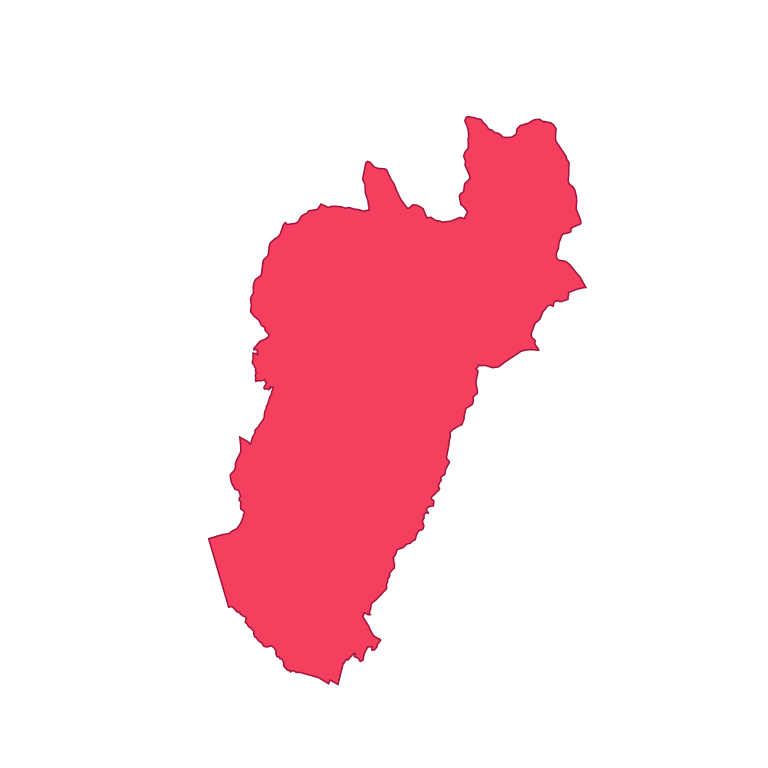 the district of Densus, Hunedoara, Romania, rotated 110°
{"feature_id": "2599482B28304052342107", "entity_name": "Densus", "entity_type": "district", "adm_level": 2, "iso_a3": "ROU", "parent_name": "Romania", "parent_adm1": "Hunedoara", "projection": "albers", "projection_center": [22.719, 45.565], "detail": "fine", "context": "isolated", "style": "filled", "palette": "rose", "viewbox_px": 768, "rotation_deg": 110, "n_neighbors": 0, "source": "geoboundaries", "source_scale": "gbopen_adm2", "svg_char_len": 6158}
<svg xmlns="http://www.w3.org/2000/svg" viewBox="0 0 768 768"><g transform="rotate(110 384 384)"><path d="M589.3,495.9L646.9,453.6L645.0,450.5L648.5,444.0L647.8,442.5L648.3,442.2L648.5,440.9L649.6,440.0L649.3,439.4L650.2,437.4L650.2,435.2L650.6,433.9L651.4,433.3L655.2,433.0L656.5,430.3L658.3,428.3L659.2,424.9L660.3,423.3L660.9,421.4L662.4,421.4L664.9,420.0L666.0,418.8L665.9,417.2L667.7,415.1L669.1,411.6L668.7,410.8L669.2,410.5L669.4,409.5L670.7,408.7L671.5,407.0L671.4,404.4L668.6,400.2L669.3,397.5L672.0,394.0L674.5,393.4L676.5,391.6L676.9,390.9L676.2,389.6L677.8,387.8L677.4,386.5L678.0,385.1L680.0,383.1L682.9,382.0L683.7,381.2L685.8,377.1L686.1,375.8L685.4,375.1L685.8,374.4L685.5,374.1L686.5,373.4L684.7,371.8L684.5,371.1L684.5,369.5L685.2,367.8L684.3,366.6L684.2,365.4L683.8,365.0L682.3,345.0L684.6,333.5L680.6,333.6L682.1,324.5L660.2,326.8L660.3,326.2L655.6,325.4L656.0,323.7L647.3,320.1L647.2,319.6L647.6,318.6L649.4,319.0L650.3,318.7L650.6,314.2L652.7,311.8L652.7,311.1L650.6,309.3L643.9,310.3L636.3,309.3L636.2,308.0L635.0,305.4L638.2,304.4L637.2,302.0L633.3,300.6L632.2,301.1L630.8,301.0L625.9,299.5L625.3,300.7L624.6,306.1L623.8,308.1L620.3,312.3L617.2,315.1L609.6,324.5L605.7,324.1L605.9,321.1L606.3,320.1L606.0,319.7L605.9,318.5L605.3,317.9L604.7,319.2L603.9,319.5L599.7,319.7L595.5,320.6L593.9,320.4L589.3,317.5L575.3,311.5L571.1,313.3L569.0,312.8L566.9,313.7L563.0,313.0L561.8,313.1L560.5,314.1L555.3,312.5L553.5,311.3L549.5,312.6L547.6,314.2L545.0,315.0L544.2,316.1L542.1,315.2L539.3,314.8L535.3,315.1L531.3,310.1L526.4,307.6L524.7,304.8L521.9,303.6L519.7,301.4L514.8,301.9L511.0,301.4L509.8,300.9L508.2,298.6L506.5,297.7L503.6,298.0L499.9,300.9L497.6,300.9L496.4,300.4L494.1,301.4L492.2,301.6L490.3,299.9L490.4,298.2L489.7,298.3L488.8,300.0L487.5,301.2L485.9,301.2L483.4,299.1L481.7,295.9L477.0,297.0L476.4,297.6L476.2,299.7L474.1,300.8L469.4,298.2L467.6,297.7L465.2,296.1L463.0,296.1L461.9,297.8L457.8,298.2L456.0,297.4L454.7,297.4L452.6,298.8L449.7,297.1L448.4,295.9L443.3,296.9L435.0,295.7L433.9,297.0L433.1,298.9L431.6,300.2L418.9,302.2L414.5,303.4L411.5,303.5L407.1,305.2L403.8,304.1L397.8,299.4L395.7,296.9L389.3,296.8L387.1,297.7L378.9,298.6L372.9,294.0L369.4,294.2L366.3,295.6L363.7,295.0L362.2,293.7L360.7,293.2L359.4,293.4L352.4,297.5L349.5,298.6L340.4,299.8L339.2,300.6L338.6,302.9L336.3,301.8L333.9,301.5L333.6,299.1L331.9,295.1L331.6,291.4L331.8,289.5L331.4,287.2L328.7,282.1L321.6,277.6L306.6,266.6L304.0,263.1L301.5,257.9L299.4,250.2L298.3,250.8L296.1,254.3L294.6,255.9L291.3,256.9L289.7,261.2L286.2,262.9L275.4,262.8L269.9,259.7L260.8,259.3L259.9,258.4L255.2,257.2L253.7,256.0L252.7,254.4L253.2,252.2L253.1,251.6L249.3,252.2L247.3,251.3L247.1,250.8L247.3,250.0L246.0,249.0L246.6,247.3L245.8,245.4L241.5,240.0L239.7,240.8L236.7,241.1L235.0,241.8L230.0,236.4L225.1,229.3L224.3,227.2L215.8,237.1L214.9,239.3L208.6,249.7L207.1,253.4L206.7,255.6L207.9,262.6L207.4,263.8L205.4,265.5L202.0,266.8L197.1,266.4L191.6,267.8L183.5,267.7L181.8,267.0L178.7,262.1L177.0,260.5L173.7,261.4L171.9,260.0L166.7,254.3L165.1,254.0L161.3,256.5L153.7,263.4L146.2,265.5L142.6,267.0L136.4,271.0L134.0,274.1L132.7,278.3L129.8,280.6L124.5,281.9L112.6,285.9L110.1,289.3L107.9,290.7L96.8,305.7L93.9,307.1L85.2,309.7L82.6,313.2L81.5,316.2L82.5,323.3L83.2,323.2L82.0,328.6L84.1,332.7L85.7,334.6L89.3,337.3L94.5,344.4L98.7,346.2L104.3,345.3L108.4,348.5L110.3,352.9L111.3,356.5L111.3,357.4L110.0,359.1L109.4,362.0L109.3,363.3L109.9,365.7L108.5,369.3L108.7,372.8L105.6,377.0L104.6,379.8L102.3,383.1L102.2,384.7L102.8,386.7L102.9,390.8L103.6,393.6L103.5,395.3L105.0,397.9L108.8,398.2L111.2,396.3L113.1,394.2L117.0,391.5L122.9,388.9L124.7,388.9L133.3,385.5L138.7,387.3L142.9,387.0L146.6,383.7L150.7,382.7L157.3,376.3L160.9,373.6L164.0,374.6L168.2,376.7L176.2,375.0L179.1,377.3L181.8,377.5L189.0,373.2L190.2,369.9L193.6,364.4L201.1,365.2L201.4,366.0L201.1,367.6L201.5,369.7L208.0,376.7L212.1,384.9L211.7,387.5L212.4,389.7L212.5,392.5L211.2,396.9L212.7,399.6L212.9,400.5L210.4,403.3L205.9,407.1L204.6,413.4L205.6,418.1L210.1,420.6L210.9,422.0L205.0,431.1L198.1,438.2L192.8,442.7L189.0,447.8L181.7,455.0L181.6,456.7L183.4,463.3L183.5,466.0L183.1,468.0L180.5,472.5L180.3,475.4L181.7,476.4L183.1,476.6L199.0,474.1L203.0,470.1L210.9,466.9L217.2,461.8L221.5,459.7L222.9,458.5L226.1,457.8L226.6,459.4L228.7,462.5L228.7,467.3L229.8,471.6L230.1,477.3L231.9,480.3L232.3,485.5L233.6,490.6L235.3,494.6L237.1,496.6L236.4,504.7L242.4,506.2L243.7,507.9L246.9,513.8L250.0,515.0L253.0,518.1L255.4,519.3L260.1,520.0L262.4,521.2L263.4,522.4L266.9,528.9L267.1,529.8L266.0,531.9L267.2,532.5L269.5,533.0L279.1,532.8L282.2,534.1L285.1,536.3L290.1,539.1L294.0,539.0L301.4,537.0L304.1,537.3L308.3,539.6L311.1,539.5L322.6,536.7L325.1,537.3L329.5,540.4L332.0,540.8L336.7,540.4L343.3,537.8L347.0,538.6L349.3,538.6L353.0,537.0L355.1,535.6L360.3,534.6L362.0,533.7L364.8,529.1L366.7,523.7L368.8,521.1L370.8,519.5L371.6,515.6L374.4,513.9L376.2,510.1L378.1,508.8L380.0,508.9L380.7,509.9L382.6,511.0L386.3,515.2L395.1,518.4L396.3,517.9L395.6,517.5L395.7,514.4L397.6,514.0L399.4,512.6L399.7,512.8L399.4,513.9L399.6,517.6L405.6,515.5L408.6,515.3L409.9,514.3L410.6,512.7L411.8,511.8L413.1,510.0L415.5,509.3L417.3,508.0L419.9,507.9L422.5,506.5L424.8,505.9L425.4,505.1L424.4,504.3L423.1,501.2L423.2,500.6L420.7,497.6L422.6,496.2L423.1,495.3L422.9,494.9L423.1,494.6L428.0,495.7L429.0,495.4L429.6,494.3L428.4,492.2L428.9,490.4L427.3,490.0L427.1,489.3L426.1,490.1L425.3,489.9L425.7,488.3L424.8,487.1L425.2,486.6L430.3,486.8L432.0,486.3L435.4,486.9L443.2,486.4L445.2,487.0L447.4,486.3L451.1,486.6L457.0,485.1L459.6,485.5L465.3,487.2L467.5,487.4L469.8,488.8L472.0,489.4L473.3,488.7L476.1,488.7L478.8,489.4L485.9,488.8L486.3,489.1L485.2,490.8L484.6,492.9L483.2,501.4L490.7,497.7L496.6,495.4L507.3,496.5L510.8,496.1L513.0,495.1L516.8,495.2L521.5,497.4L523.0,497.1L528.9,493.6L534.0,488.0L533.6,485.3L534.2,483.6L538.5,480.5L541.3,480.9L542.7,480.5L543.7,478.5L544.5,477.9L547.9,477.1L550.5,475.8L551.1,472.8L552.3,471.4L553.1,471.0L555.3,471.4L557.6,470.8L561.2,470.9L566.1,471.5L570.2,472.8L573.8,476.2L577.4,478.4L581.1,484.8L589.3,495.9Z" fill="#f43f5e" stroke="#9f1239" stroke-width="1.5"/></g></svg>